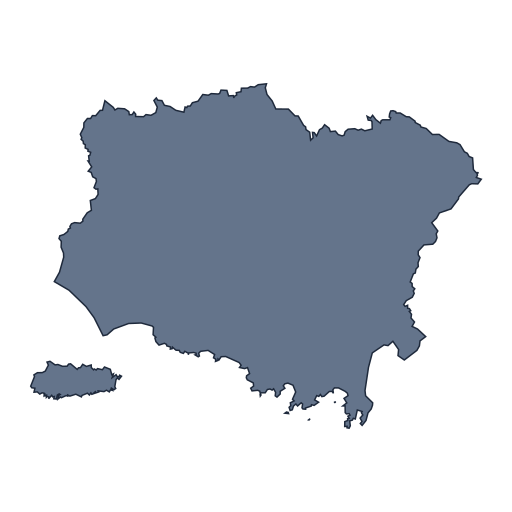 Jember, Jawa Timur, Indonesia
{"feature_id": "22746128B56085237319005", "entity_name": "Jember", "entity_type": "district", "adm_level": 2, "iso_a3": "IDN", "parent_name": "Indonesia", "parent_adm1": "Jawa Timur", "projection": "orthographic", "projection_center": [113.624, -8.266], "detail": "fine", "context": "isolated", "style": "filled", "palette": "slate", "viewbox_px": 512, "rotation_deg": 0, "n_neighbors": 0, "source": "geoboundaries", "source_scale": "gbopen_adm2", "svg_char_len": 5989}
<svg xmlns="http://www.w3.org/2000/svg" viewBox="0 0 512 512"><path d="M477.8,183.9L481.3,179.2L476.3,177.5L477.5,175.2L476.9,173.4L478.6,172.7L475.9,172.5L473.4,169.5L472.6,157.9L469.1,156.5L467.3,153.3L464.4,151.8L460.0,144.6L456.8,142.8L448.9,141.4L439.1,134.4L432.4,134.5L426.2,128.5L420.9,127.0L420.3,125.2L415.2,122.5L415.1,121.2L409.3,116.9L406.2,116.7L400.2,113.0L396.2,113.0L395.7,111.6L393.0,110.7L390.7,111.0L389.6,113.9L389.2,117.0L390.7,117.7L389.9,119.8L382.7,119.8L381.2,120.6L380.4,123.2L375.9,119.7L372.6,115.3L370.5,118.1L367.1,116.3L368.2,120.1L371.2,120.5L372.0,121.8L372.2,129.0L364.8,130.8L361.4,129.1L358.1,130.2L354.8,128.7L348.1,129.2L345.2,131.6L344.1,135.2L342.1,135.9L338.2,134.6L335.4,131.1L330.4,131.6L329.1,128.2L324.6,124.7L322.3,128.1L319.5,129.7L316.6,136.0L314.2,132.6L312.5,132.4L313.1,137.8L310.6,140.2L309.7,132.2L306.0,129.6L305.6,126.8L303.6,125.4L298.2,116.0L295.0,115.9L288.4,109.1L275.8,109.0L272.2,101.0L267.0,94.5L265.3,87.8L266.5,83.8L258.2,84.7L254.5,87.1L250.5,86.6L247.7,88.1L241.4,88.2L241.0,91.7L236.3,92.7L236.7,95.0L234.1,96.4L233.9,98.0L233.3,95.6L228.6,95.9L226.9,90.4L221.0,90.1L219.6,93.5L218.1,94.0L211.2,93.6L208.4,95.2L202.8,94.5L198.0,101.2L192.4,102.7L190.3,106.0L187.5,106.2L186.8,107.6L185.1,107.0L183.9,112.2L175.8,110.3L170.1,106.5L164.4,105.3L161.9,100.6L157.8,100.2L156.3,97.9L153.9,100.5L157.3,107.1L155.8,112.6L151.0,115.3L146.0,114.6L143.6,116.7L135.6,116.5L135.7,114.2L133.9,112.0L132.2,114.6L129.3,114.7L128.8,111.6L124.6,108.8L117.8,108.3L114.9,110.0L113.3,107.4L104.9,100.7L102.5,110.3L100.1,110.4L95.7,115.7L92.4,115.6L90.6,118.5L87.4,118.5L83.9,122.9L83.8,127.4L80.3,134.2L81.8,137.7L81.1,139.3L83.2,141.2L83.4,143.6L85.3,144.7L85.2,148.0L88.1,149.4L87.9,151.2L90.7,152.3L89.9,155.2L88.6,155.8L89.2,161.1L88.0,161.0L91.7,166.9L88.2,171.2L91.2,172.4L92.7,176.8L96.0,178.6L96.4,181.5L94.0,187.7L96.0,189.2L97.8,188.9L98.1,194.4L95.4,198.6L90.3,200.5L91.4,210.3L87.2,212.8L82.8,219.2L82.9,221.1L80.3,223.2L74.6,222.6L71.5,223.8L69.9,226.4L70.4,228.0L68.3,229.1L67.8,231.4L63.9,234.5L59.8,235.8L59.0,238.6L61.3,241.3L61.1,247.2L63.5,253.0L63.7,257.2L59.5,272.2L54.3,281.6L69.0,290.2L86.0,306.6L94.1,317.7L103.1,335.7L107.1,334.8L113.7,329.0L128.6,323.5L141.2,323.0L152.1,326.0L153.5,327.3L153.1,334.7L155.9,337.2L154.9,338.0L155.9,341.6L159.0,345.1L164.4,343.3L166.5,344.4L166.8,345.9L170.5,347.0L170.3,349.1L172.2,348.7L172.5,347.2L176.0,350.2L179.3,350.4L180.2,352.3L183.4,353.4L184.8,351.3L187.9,353.0L193.7,352.5L196.1,353.2L196.2,354.6L195.1,354.9L198.2,356.8L199.4,356.0L198.7,353.2L200.6,351.3L208.1,350.4L214.6,354.5L213.5,357.8L215.8,359.3L215.5,361.4L217.9,360.5L218.0,359.0L219.0,359.9L221.2,356.7L225.7,356.5L239.1,362.5L241.1,365.2L239.5,367.5L244.6,368.6L247.5,367.6L249.6,373.6L246.6,375.8L246.3,377.8L247.3,379.8L253.3,382.9L253.6,386.1L250.7,388.2L252.0,390.9L257.7,390.3L259.8,391.2L260.1,392.8L265.2,392.8L267.4,389.5L270.0,389.0L272.1,390.1L273.6,388.8L275.6,392.3L275.2,395.8L277.0,397.1L280.2,394.0L280.2,391.3L284.9,388.3L283.3,385.8L284.8,383.8L287.9,383.1L293.0,385.2L295.7,392.0L292.5,399.3L294.1,400.9L290.3,402.8L290.8,405.7L289.1,407.3L290.1,410.5L292.3,409.8L293.5,406.0L295.9,404.0L297.6,406.0L301.2,402.8L302.6,404.0L302.0,407.8L302.9,409.0L305.6,409.2L305.5,408.0L311.2,406.1L311.5,404.7L314.1,405.4L318.6,402.2L314.6,399.9L316.7,395.6L318.8,396.4L320.4,394.5L321.8,396.6L324.1,396.2L329.3,391.5L332.1,391.4L333.4,393.3L332.9,389.7L334.4,387.9L338.5,387.9L345.1,391.3L347.4,393.2L348.0,395.7L344.0,398.4L346.8,402.9L342.9,405.9L345.1,405.9L345.2,412.6L346.4,413.9L349.2,413.6L350.0,415.2L347.9,416.2L349.2,418.3L347.6,418.7L347.7,420.5L344.8,421.6L344.7,426.5L347.1,426.3L347.0,427.8L349.1,428.2L350.3,425.8L349.7,420.9L352.4,420.1L353.3,418.3L355.3,419.0L357.3,410.0L362.1,411.5L361.4,412.7L362.8,415.0L360.1,418.1L362.0,421.5L360.3,423.5L362.1,425.4L366.0,420.5L368.0,412.9L371.2,409.0L372.5,405.2L372.7,402.8L365.6,395.8L365.0,390.5L368.5,367.3L372.3,352.9L384.0,344.9L388.0,345.6L392.9,341.3L398.6,349.5L398.0,355.6L404.3,360.0L416.9,350.4L419.4,345.9L420.0,340.9L425.7,336.6L417.5,329.0L412.1,326.4L414.5,322.0L411.0,318.0L411.5,314.3L409.3,311.4L410.7,310.7L409.4,308.6L407.6,308.3L407.6,305.3L405.1,306.4L403.7,304.6L406.3,300.6L412.3,297.2L414.2,293.4L413.3,290.9L414.8,288.8L412.2,286.6L412.1,283.4L410.2,282.0L413.4,273.8L415.3,273.0L415.9,269.2L418.3,266.5L418.0,262.8L420.0,257.6L418.2,254.8L418.3,251.1L424.0,244.9L432.8,244.2L435.5,241.5L437.0,237.8L436.2,233.8L437.8,231.0L431.7,222.7L436.5,218.2L439.4,212.9L451.0,208.9L458.5,198.9L458.7,197.0L469.3,184.8L471.7,183.7L477.8,183.9ZM55.1,364.9L50.0,361.3L47.0,362.1L48.4,365.1L45.3,371.1L42.3,372.6L37.4,372.7L33.9,374.9L34.5,376.6L30.7,386.2L31.8,387.8L34.9,388.2L34.0,392.2L37.3,391.9L39.8,394.1L42.1,392.8L44.2,393.3L44.1,395.4L44.9,394.5L45.1,395.9L46.5,395.2L46.4,397.3L47.4,396.4L49.0,397.1L48.6,398.7L51.7,395.3L52.7,396.9L54.3,396.5L53.8,398.8L56.4,399.0L57.4,394.9L59.2,393.9L60.2,394.5L58.8,395.4L58.0,399.0L60.4,397.0L61.4,397.7L66.1,395.6L67.7,396.1L67.7,395.0L69.9,396.1L75.8,394.2L81.4,396.9L82.0,395.4L87.4,393.2L89.4,395.0L90.9,392.9L91.8,394.3L94.6,393.3L93.9,392.9L95.3,391.7L95.9,392.9L98.8,391.9L98.3,390.9L104.0,391.6L106.5,390.2L109.3,391.9L110.5,389.9L112.5,390.4L110.8,387.7L114.0,389.7L115.7,388.5L114.8,386.7L116.0,379.7L117.4,377.9L119.0,379.4L121.5,376.2L119.6,375.2L119.0,376.7L117.3,376.7L116.1,374.7L112.2,377.6L113.4,373.9L111.8,374.8L110.3,369.3L104.5,367.0L102.4,369.7L97.5,368.6L96.2,370.0L94.3,369.0L93.5,369.8L91.3,367.5L91.2,365.0L86.4,366.4L82.7,364.3L80.5,367.6L78.5,367.8L77.2,369.4L70.6,363.8L68.6,364.1L67.1,366.2L62.5,366.3L57.9,364.5L55.1,364.9ZM286.5,412.0L284.9,413.2L288.6,413.6L288.2,412.4L286.5,412.0ZM260.3,396.0L261.0,395.0L260.6,394.0L260.1,394.3L260.3,396.0ZM309.0,420.0L310.1,418.7L308.6,419.9L309.0,420.0ZM334.0,402.5L335.1,402.4L335.6,401.6L334.0,402.5ZM188.4,354.8L188.6,353.5L188.3,353.6L188.4,354.8Z" fill="#64748b" stroke="#1e293b" stroke-width="1.5"/></svg>